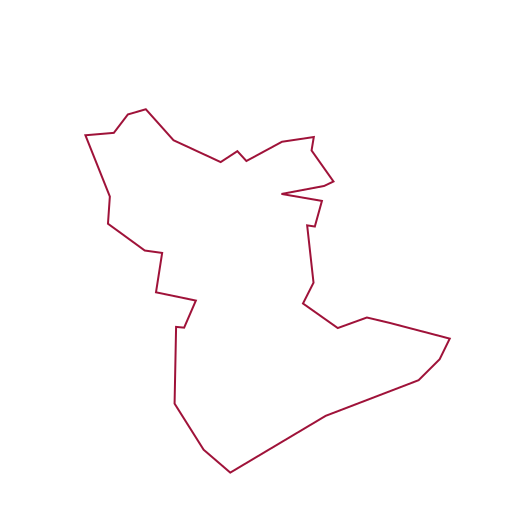 outline of Karposh, Karpoš, North Macedonia, rotated 334°
{"feature_id": "65306769B48294308075018", "entity_name": "Karposh", "entity_type": "district", "adm_level": 2, "iso_a3": "MKD", "parent_name": "North Macedonia", "parent_adm1": "Karpoš", "projection": "mercator", "projection_center": [21.399, 42.004], "detail": "fine", "context": "isolated", "style": "outline", "palette": "rose", "viewbox_px": 512, "rotation_deg": 334, "n_neighbors": 0, "source": "geoboundaries", "source_scale": "gbopen_adm2", "svg_char_len": 617}
<svg xmlns="http://www.w3.org/2000/svg" viewBox="0 0 512 512"><g transform="rotate(334 256 256)"><path d="M221.3,75.8L202.9,72.6L182.2,83.0L155.6,72.7L150.7,138.5L137.1,162.1L158.4,202.3L173.0,212.1L150.2,244.8L182.4,269.7L160.0,288.9L153.1,284.7L118.1,353.0L124.0,407.2L137.9,439.4L248.6,430.2L347.7,438.9L375.8,429.3L393.9,415.2L346.9,374.8L328.7,359.9L297.9,356.6L277.4,319.3L296.0,305.2L315.4,250.9L321.8,255.3L339.4,235.4L306.1,211.4L347.9,222.9L358.3,223.0L352.2,185.5L360.1,174.4L329.4,164.7L289.0,166.4L285.2,153.6L265.4,156.1L232.6,115.8L221.3,75.8Z" fill="none" stroke="#9f1239" stroke-width="2"/></g></svg>